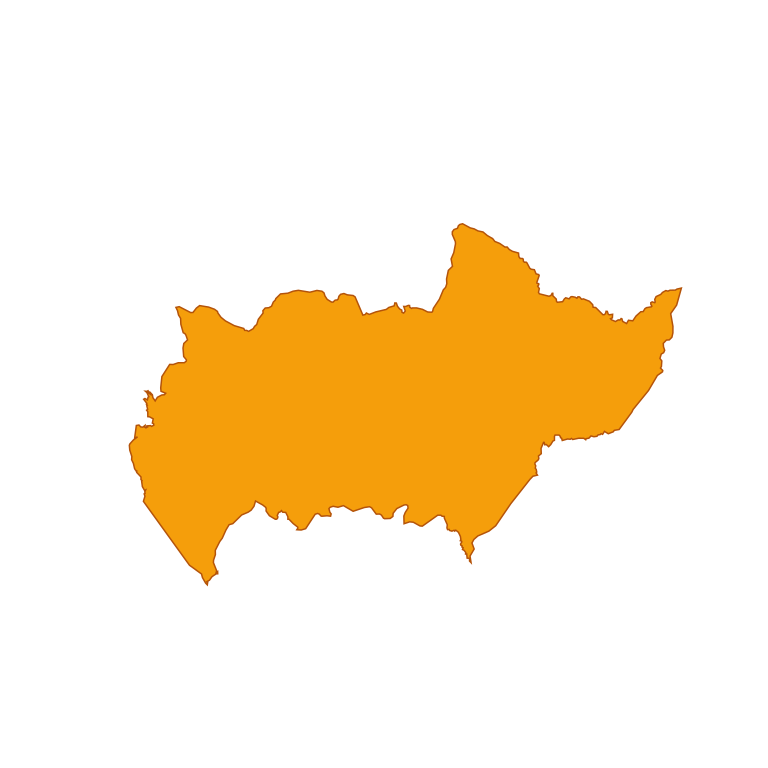 Lubero, Nord-Kivu, Democratic Republic of the Congo, rotated 131°
{"feature_id": "63176286B45916106821058", "entity_name": "Lubero", "entity_type": "district", "adm_level": 2, "iso_a3": "COD", "parent_name": "Democratic Republic of the Congo", "parent_adm1": "Nord-Kivu", "projection": "orthographic", "projection_center": [28.988, -0.062], "detail": "fine", "context": "isolated", "style": "filled", "palette": "amber", "viewbox_px": 768, "rotation_deg": 131, "n_neighbors": 0, "source": "geoboundaries", "source_scale": "gbopen_adm2", "svg_char_len": 6159}
<svg xmlns="http://www.w3.org/2000/svg" viewBox="0 0 768 768"><g transform="rotate(131 384 384)"><path d="M211.5,429.8L213.8,431.4L215.7,431.7L218.3,430.7L221.5,432.5L224.3,432.3L226.3,430.6L229.7,423.6L231.3,422.0L239.1,417.5L245.6,415.4L250.3,409.5L256.0,410.0L263.7,405.7L267.1,402.4L270.6,400.9L274.0,401.0L283.7,397.8L294.5,396.4L297.2,395.0L298.5,395.0L301.0,398.3L302.4,403.9L305.2,409.3L308.0,412.5L308.8,412.7L309.2,414.9L308.0,416.2L308.7,417.2L311.3,418.5L312.5,420.0L315.0,415.8L317.6,415.7L318.1,417.4L316.6,419.1L317.1,421.4L316.5,424.8L314.8,427.8L315.7,429.0L318.3,427.6L323.1,430.6L326.2,431.2L335.0,437.5L341.2,440.8L342.0,443.9L343.7,443.7L345.9,445.1L337.2,463.0L337.5,465.4L340.8,470.2L342.0,473.6L344.8,475.6L347.4,475.6L349.8,474.4L351.1,474.4L352.8,475.9L355.7,476.2L356.6,477.4L357.4,482.4L356.3,486.3L354.6,489.1L354.7,491.7L357.4,496.0L363.4,500.2L369.5,510.1L373.6,513.5L378.5,516.1L383.9,521.2L390.5,521.7L392.1,521.1L394.8,521.3L399.1,519.9L402.0,521.0L404.6,523.5L408.1,523.5L409.8,521.8L417.6,521.3L422.6,519.1L425.4,519.5L428.0,519.0L433.1,520.7L433.6,522.7L434.9,524.3L434.1,526.3L438.2,535.3L440.4,545.0L440.6,550.8L439.4,555.9L438.5,557.3L438.8,561.0L441.0,566.8L445.8,574.6L449.8,575.4L455.3,575.1L456.9,576.7L460.0,589.3L462.7,591.3L464.1,588.0L466.7,584.4L467.9,580.6L472.2,576.5L477.0,569.2L476.6,567.2L477.1,565.5L479.6,561.2L484.7,561.7L488.7,559.3L494.7,553.2L495.4,549.0L496.5,548.2L499.0,548.7L502.9,553.2L507.6,555.9L509.8,558.6L524.1,556.5L533.5,549.9L535.8,547.5L534.2,542.7L536.2,542.7L538.1,544.5L542.7,546.3L546.9,545.6L545.9,549.5L544.1,551.7L543.7,555.3L544.0,555.8L545.0,553.9L545.1,555.7L545.9,555.9L545.3,556.9L544.3,556.2L543.9,557.7L545.0,558.0L546.0,559.3L546.0,557.4L547.9,553.1L548.8,553.4L551.2,552.1L551.8,554.9L553.2,555.4L554.2,550.3L555.1,550.1L555.3,548.7L556.0,548.8L558.2,545.7L559.5,546.0L559.9,544.1L563.6,540.8L562.6,539.4L561.7,535.3L565.5,533.2L565.1,531.9L566.1,530.7L568.5,531.6L568.5,532.8L571.2,535.5L571.6,535.6L571.6,534.3L573.3,534.9L573.5,536.3L572.1,537.2L574.8,537.7L576.0,539.5L575.7,542.0L577.8,543.7L588.3,536.8L585.6,535.3L590.6,536.4L595.9,536.5L597.3,536.0L600.7,532.5L604.2,526.7L606.7,524.8L608.3,521.1L611.5,516.7L612.0,515.1L611.8,512.7L612.2,514.1L613.0,512.4L613.6,506.4L615.6,504.7L615.7,503.2L616.4,503.1L620.0,499.0L621.4,494.9L620.3,494.4L622.3,493.8L623.4,492.5L624.3,492.9L625.5,490.8L630.4,488.6L648.4,411.9L647.1,397.1L649.2,394.0L651.3,388.0L651.5,385.6L648.8,387.3L650.1,388.3L646.6,387.0L642.4,387.4L640.2,386.9L637.2,386.0L636.3,385.0L634.8,386.4L637.1,386.7L634.8,387.7L630.7,395.6L628.7,397.1L623.4,399.3L620.2,402.2L610.6,404.6L606.5,404.9L597.9,407.5L591.8,408.6L588.6,406.5L576.2,405.5L569.8,402.4L566.3,401.5L561.6,401.9L556.6,404.2L554.9,396.3L554.7,392.4L555.3,391.2L557.2,389.7L558.6,384.1L557.4,377.3L556.4,376.3L555.1,376.3L553.9,376.9L553.3,378.3L550.0,379.3L548.9,378.5L546.8,378.3L547.3,376.5L545.4,373.9L547.2,369.5L549.1,367.8L548.4,367.0L548.9,360.9L548.6,355.2L549.2,354.5L551.2,354.2L548.5,350.7L544.6,348.2L527.4,350.5L525.2,349.1L524.6,347.2L525.0,345.3L524.6,344.2L520.8,340.5L518.8,337.6L516.7,338.7L516.3,340.7L514.2,343.8L512.4,343.8L509.7,342.2L507.2,337.9L502.4,334.8L500.3,323.8L490.1,317.8L486.1,314.4L485.6,312.2L487.3,304.5L485.0,302.0L484.6,300.0L485.6,296.4L485.2,295.1L481.4,291.1L478.1,290.4L475.6,292.3L469.6,292.6L462.2,289.5L460.5,288.0L460.2,286.3L461.9,284.4L467.0,283.7L470.6,282.4L476.3,277.2L471.2,274.2L469.1,271.2L467.5,263.7L466.1,261.8L447.8,257.4L445.7,255.0L445.7,253.5L444.4,251.6L445.6,250.5L448.7,243.9L451.3,242.1L452.2,240.5L451.0,239.4L451.5,238.4L450.5,236.2L448.4,235.1L448.6,234.1L447.2,233.9L447.1,230.5L448.9,226.4L450.9,224.0L452.2,223.6L451.7,222.5L452.1,221.7L454.6,221.2L455.2,220.4L454.9,219.0L455.9,218.2L455.7,216.8L457.4,216.2L457.0,214.5L457.5,211.8L458.8,210.9L458.0,210.1L460.9,207.0L459.4,205.1L461.5,203.3L461.7,201.1L457.4,206.2L449.4,207.7L446.3,213.3L442.4,214.2L437.1,213.5L426.2,208.3L417.7,206.7L391.1,209.8L360.2,211.3L355.9,211.1L352.1,208.4L351.3,210.9L350.3,210.9L348.6,213.1L348.3,214.6L346.2,215.8L345.5,217.5L344.3,218.4L339.9,217.8L338.6,218.3L337.0,220.2L333.4,219.6L329.6,223.2L323.4,225.3L323.0,224.8L324.4,222.8L323.2,221.8L323.3,218.6L320.3,218.4L316.3,219.1L314.7,218.4L311.7,221.0L310.3,221.4L307.7,218.4L307.9,216.5L308.7,215.5L308.4,214.4L309.7,212.4L305.1,209.4L303.5,207.2L302.1,206.8L302.1,205.2L297.2,201.5L293.9,197.6L293.7,195.2L292.7,195.6L290.4,193.8L287.4,193.7L286.1,191.0L283.8,189.0L281.8,189.0L280.5,187.7L279.1,187.6L278.6,186.0L275.1,186.5L274.4,182.1L269.6,179.6L267.9,179.8L264.1,176.7L242.7,178.5L239.8,179.3L215.4,180.1L198.2,183.3L192.1,181.8L190.9,182.5L190.6,185.8L188.8,186.1L184.3,189.5L183.7,192.5L179.5,194.4L176.9,193.5L174.4,194.3L172.6,197.4L170.1,199.9L165.6,199.7L163.5,197.6L159.8,197.4L155.9,199.5L150.9,203.8L142.8,213.8L132.5,214.9L116.5,222.5L120.2,225.2L122.0,225.7L125.6,229.7L127.6,230.6L128.6,232.6L132.2,233.9L134.8,233.9L139.5,236.0L142.5,235.2L144.2,233.1L145.0,233.0L146.1,235.5L147.6,236.0L148.8,234.9L149.5,232.9L150.4,232.9L154.2,236.0L155.9,236.5L159.3,235.9L161.0,237.6L167.3,238.4L173.1,237.7L175.5,241.3L179.2,240.6L180.2,244.9L178.7,247.3L179.0,248.0L180.9,247.9L182.0,249.3L185.0,250.3L186.3,254.5L186.1,255.9L184.3,255.0L181.4,257.2L184.0,259.4L184.2,260.6L182.7,263.1L183.4,264.1L185.7,263.0L187.3,263.3L188.1,264.3L187.4,274.4L188.9,276.5L187.2,278.6L186.8,283.2L188.9,289.3L190.4,290.5L190.0,293.5L190.9,294.8L192.7,294.7L193.1,296.7L194.7,299.5L195.7,300.2L198.3,300.2L199.7,303.4L201.4,303.7L204.7,303.2L208.6,306.8L208.4,308.1L206.9,309.7L206.6,314.5L204.8,316.1L205.2,316.6L207.7,316.1L209.5,317.0L214.0,325.9L213.5,327.5L210.1,329.4L209.3,332.2L207.5,332.3L206.8,333.1L207.6,334.5L206.9,335.4L200.4,338.0L199.9,339.0L201.1,341.5L199.1,345.5L200.8,348.2L201.0,349.9L198.8,355.6L198.8,356.7L200.0,357.9L199.9,359.3L198.4,360.9L198.5,361.9L199.9,363.6L199.4,365.8L196.9,368.4L199.6,374.1L200.3,377.7L199.8,380.9L201.3,382.6L202.0,388.9L203.7,393.9L203.0,397.3L204.2,403.5L204.3,409.0L206.8,413.5L207.8,417.8L209.6,421.3L211.5,429.8Z" fill="#f59e0b" stroke="#b45309" stroke-width="1.5"/></g></svg>